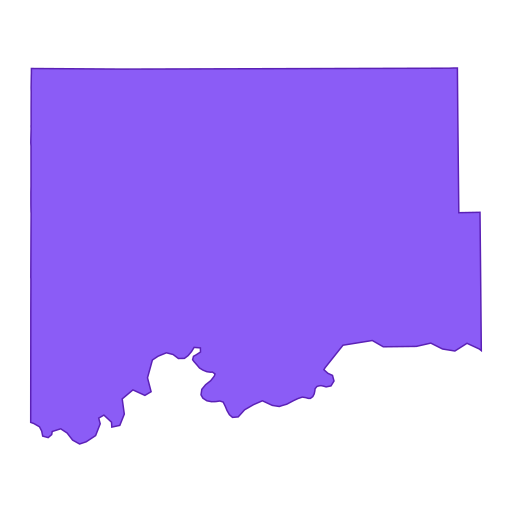 Williams, North Dakota, United States of America
{"feature_id": "52423323B9196090230965", "entity_name": "Williams", "entity_type": "district", "adm_level": 2, "iso_a3": "USA", "parent_name": "United States of America", "parent_adm1": "North Dakota", "projection": "orthographic", "projection_center": [-103.614, 48.296], "detail": "fine", "context": "isolated", "style": "filled", "palette": "violet", "viewbox_px": 512, "rotation_deg": 0, "n_neighbors": 0, "source": "geoboundaries", "source_scale": "gbopen_adm2", "svg_char_len": 1847}
<svg xmlns="http://www.w3.org/2000/svg" viewBox="0 0 512 512"><path d="M457.4,68.0L454.0,68.0L449.4,68.2L122.6,69.1L31.4,68.5L31.4,72.4L31.4,73.1L31.3,76.1L31.1,87.9L31.2,92.0L31.1,108.0L31.1,120.8L31.1,125.3L31.0,125.7L31.1,128.4L31.0,132.9L30.8,142.8L31.0,146.1L31.0,161.1L31.0,168.9L31.0,169.1L31.0,172.1L31.0,172.8L31.0,186.6L30.9,192.2L30.9,203.5L30.9,204.2L31.0,212.3L31.1,212.6L31.0,230.3L30.8,277.8L30.9,278.7L30.9,283.6L30.9,284.5L30.9,286.3L30.8,312.6L30.8,313.4L30.8,322.4L30.8,329.0L30.7,422.4L33.8,423.5L39.5,426.8L41.7,431.1L42.7,436.1L48.2,437.6L51.7,434.6L52.2,431.5L60.7,428.8L67.1,433.0L72.6,440.1L79.6,444.0L86.2,441.8L95.6,435.6L100.2,423.8L98.7,418.1L103.9,415.1L111.5,422.2L111.8,427.1L119.8,425.4L124.3,414.1L122.2,398.9L132.9,389.9L144.9,395.4L151.1,391.7L147.5,377.8L152.4,360.0L158.1,356.2L166.4,352.8L173.1,354.5L178.4,358.5L184.4,358.4L188.1,355.6L191.5,351.6L194.1,347.4L200.4,347.9L200.5,352.0L196.2,354.8L193.5,356.3L192.6,359.7L194.0,361.6L197.0,365.0L199.5,368.0L202.9,370.1L206.8,371.7L210.5,372.2L212.5,372.1L215.0,373.9L214.3,376.1L210.7,380.7L205.6,384.7L201.8,389.3L201.0,394.8L202.9,398.2L206.9,400.8L211.5,401.7L215.8,401.6L219.9,401.0L223.2,402.1L225.3,406.4L227.0,410.5L229.4,414.7L232.5,417.4L238.2,416.9L244.6,409.8L253.6,404.6L262.4,400.8L272.3,405.4L279.3,406.5L282.6,405.4L286.8,404.2L290.2,402.4L293.8,400.5L298.1,398.5L302.3,397.1L305.6,397.6L308.4,398.4L310.4,398.4L312.8,396.6L314.2,393.9L314.8,391.1L315.1,388.7L316.9,386.5L318.8,385.9L321.0,385.6L323.4,386.1L326.1,386.9L331.0,385.9L334.0,381.0L332.5,375.4L327.9,373.3L323.9,369.7L325.1,367.7L343.0,345.2L372.3,340.5L383.3,346.8L391.3,346.7L416.3,346.4L430.8,343.1L442.5,349.0L454.9,351.0L467.0,343.3L479.3,349.0L481.3,350.6L480.5,261.5L480.0,212.3L458.8,212.7L457.8,116.3L457.4,68.0Z" fill="#8b5cf6" stroke="#5b21b6" stroke-width="1.5"/></svg>